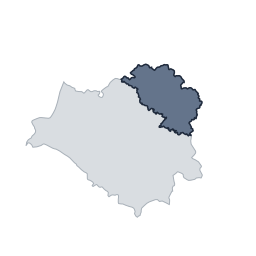 Vitebsk highlighted on a map of Belarus, rotated 28°
{"feature_id": "BLR-2341", "entity_name": "Vitebsk", "entity_type": "Region", "adm_level": 1, "iso_a3": "BLR", "parent_name": "Belarus", "parent_adm1": "", "projection": "albers", "projection_center": [28.969, 55.191], "detail": "fine", "context": "in_parent", "style": "filled", "palette": "slate", "viewbox_px": 256, "rotation_deg": 28, "n_neighbors": 0, "source": "natural_earth", "source_scale": "10m", "svg_char_len": 9057}
<svg xmlns="http://www.w3.org/2000/svg" viewBox="0 0 256 256"><g transform="rotate(28 128 128)"><path d="M200.4,176.2L196.8,176.2L192.5,176.4L190.2,178.1L187.6,177.4L185.8,178.4L181.6,183.1L180.0,185.6L178.6,189.5L177.7,192.3L178.2,194.3L179.1,196.1L179.3,198.1L179.7,199.6L178.7,200.7L178.1,202.4L176.3,202.1L174.0,200.6L173.5,198.4L171.8,196.8L170.7,196.1L168.8,196.0L165.9,196.7L162.0,197.3L159.1,197.5L157.5,198.3L155.2,199.1L154.3,198.2L153.0,195.7L151.9,193.1L151.2,192.0L150.5,191.7L149.7,191.8L148.8,192.6L148.2,193.4L145.7,194.3L144.7,195.3L143.5,197.6L142.7,197.4L141.9,196.9L141.0,194.3L139.7,193.6L137.7,193.6L135.1,193.0L133.1,192.2L132.4,192.4L131.1,193.5L129.8,193.6L126.9,192.6L126.4,193.0L124.7,195.9L123.9,196.0L123.4,195.7L123.7,193.1L122.1,192.2L119.2,192.0L117.2,192.4L116.3,192.2L115.8,191.7L113.5,187.5L112.2,187.2L109.9,187.3L106.5,186.7L102.7,185.6L100.5,185.2L99.5,184.2L97.1,183.8L90.7,181.7L88.1,181.3L84.2,181.1L78.4,180.4L74.6,180.4L72.8,180.9L70.8,181.2L63.8,181.2L61.2,181.5L60.4,182.4L59.5,184.2L56.4,187.4L53.4,189.4L52.9,189.6L51.3,188.3L50.0,187.8L48.4,187.5L47.2,187.8L46.5,188.3L46.4,190.9L46.2,191.1L45.2,188.0L45.5,185.2L46.3,183.7L47.2,182.3L47.1,180.1L48.1,177.4L48.3,175.3L48.0,174.4L47.4,173.3L45.7,172.1L45.0,171.1L42.6,169.8L40.3,168.1L40.0,167.1L40.1,166.5L40.6,165.6L42.7,163.0L44.9,160.5L46.3,159.6L53.3,156.7L54.4,155.5L54.8,153.5L55.0,149.4L54.9,145.7L54.5,143.1L53.6,138.2L50.9,127.9L49.7,117.4L51.0,118.1L54.1,118.6L56.6,118.1L57.9,118.1L59.0,118.4L62.4,118.0L63.1,119.0L64.5,119.9L67.5,118.9L70.1,117.6L72.7,118.0L73.1,117.3L74.0,113.6L74.8,112.9L78.0,113.4L79.2,112.8L80.5,111.1L82.4,110.1L83.9,110.1L85.6,109.0L86.4,109.8L86.7,111.4L86.1,112.6L86.3,113.1L87.4,113.7L89.3,113.8L90.5,113.3L90.9,112.7L90.9,111.4L90.7,110.2L89.9,109.2L88.4,108.6L87.4,108.5L87.2,107.8L87.6,106.5L88.7,104.0L89.9,101.7L90.7,100.9L90.8,100.1L90.8,98.7L90.9,96.2L92.1,92.8L93.5,90.2L95.4,89.4L97.7,89.1L99.2,87.9L99.9,86.5L100.6,84.2L101.4,83.8L106.7,84.3L107.6,82.1L108.1,81.5L109.2,80.8L109.9,80.0L109.7,79.4L108.3,79.0L105.1,78.5L104.5,77.7L104.7,76.9L105.7,74.6L106.6,71.6L107.1,69.3L107.2,67.9L107.6,67.6L110.3,67.2L111.1,66.8L113.5,63.7L115.2,63.2L119.6,64.1L121.6,64.1L124.1,64.4L124.4,64.1L125.3,61.0L129.7,56.0L132.1,54.3L133.5,54.0L134.1,54.0L136.3,56.7L136.9,56.8L138.4,55.7L141.1,55.7L142.3,56.6L144.1,59.8L145.0,60.2L147.6,58.4L149.1,57.8L150.0,57.8L154.9,60.3L155.3,61.1L155.3,62.1L154.6,65.0L155.6,66.8L156.8,68.1L159.3,66.0L160.3,65.4L161.3,65.4L162.6,64.6L163.6,63.5L164.6,63.1L166.4,63.3L169.6,63.0L173.5,64.7L173.8,65.3L175.8,67.3L176.5,68.3L177.1,68.6L178.2,69.6L179.5,70.2L180.5,70.0L180.9,70.3L181.4,71.1L181.5,72.5L181.4,76.4L180.1,78.5L179.9,79.2L180.0,80.0L181.2,81.7L182.7,84.3L183.0,85.8L183.1,86.9L181.2,90.3L180.6,91.1L180.2,92.8L180.0,94.5L180.2,95.2L183.5,97.7L185.9,99.1L186.5,99.8L186.6,100.2L185.4,103.1L185.3,103.9L187.3,105.0L188.4,106.8L189.4,109.9L191.4,112.7L198.5,116.7L199.1,117.5L199.4,118.4L199.2,120.4L198.1,124.2L199.3,124.7L202.4,124.5L206.2,124.8L210.8,127.2L210.9,128.4L210.5,129.6L210.8,130.7L211.4,131.7L215.5,134.5L215.9,135.3L216.0,136.8L216.0,137.8L214.9,138.1L213.7,138.7L211.8,140.1L211.1,141.9L208.0,144.6L206.1,145.8L204.5,145.9L200.7,145.6L199.3,144.4L198.8,143.3L197.3,142.8L195.4,142.9L192.7,143.2L192.2,143.5L191.8,144.9L190.8,147.3L190.0,148.7L193.5,153.3L195.3,155.2L195.9,156.4L195.9,157.2L195.1,158.2L195.3,160.2L197.1,162.8L196.5,163.2L196.5,166.5L196.6,169.9L197.1,170.8L198.1,171.4L198.9,172.7L200.2,175.5L200.4,176.2Z" fill="#d9dde1" stroke="#a8b0b8" stroke-width="1"/><path d="M105.9,78.9L105.6,78.8L104.6,78.4L104.3,78.2L104.3,77.9L104.5,77.3L105.0,76.3L105.3,75.2L105.5,74.8L106.1,74.2L106.2,73.9L105.9,73.2L106.0,72.5L107.1,71.0L107.3,70.3L107.4,69.5L107.3,68.7L107.2,67.9L107.6,67.3L108.0,67.1L108.5,67.2L109.4,67.6L109.8,67.5L111.1,66.9L111.5,66.5L112.5,64.7L113.6,63.5L114.0,63.3L116.2,63.1L116.9,63.2L117.3,63.4L118.3,64.3L118.8,64.6L119.1,64.5L120.3,63.3L120.7,63.8L121.2,64.2L121.8,64.3L123.9,64.6L124.4,64.5L124.7,63.4L124.9,62.0L125.4,60.6L127.1,59.5L127.7,58.5L127.8,57.8L128.3,57.3L129.5,56.4L130.0,55.3L130.3,55.0L131.2,54.8L131.9,54.4L132.7,53.9L133.4,53.6L134.1,54.1L134.4,54.6L135.6,55.9L136.1,56.7L136.4,57.0L136.8,57.1L137.2,56.9L137.7,56.0L138.1,55.7L140.7,55.5L141.9,55.8L142.1,55.9L143.1,57.6L143.2,58.4L143.3,59.1L143.5,59.7L143.9,60.1L145.3,60.5L145.6,60.4L145.7,59.7L146.1,59.2L147.2,58.7L148.2,58.1L149.0,57.7L150.0,57.8L151.0,58.1L152.3,59.1L155.0,59.9L155.3,60.1L155.9,60.8L156.1,61.1L156.1,61.3L156.1,61.5L155.8,61.5L155.4,61.8L155.2,61.9L155.1,62.1L154.9,63.5L154.5,64.5L154.4,65.0L154.5,65.6L154.8,66.0L155.6,66.8L156.4,68.0L156.8,68.2L157.3,68.0L158.6,66.4L160.3,65.4L160.7,65.3L161.9,65.6L162.3,65.4L163.0,64.1L163.4,63.6L164.1,63.2L164.7,63.0L165.4,63.0L167.5,63.8L167.9,63.6L168.7,62.8L169.1,62.6L169.4,62.7L170.3,63.4L173.7,64.5L173.8,64.7L173.9,64.9L173.7,65.4L173.9,65.7L175.5,66.4L175.8,66.8L175.9,67.1L175.7,67.7L175.7,67.9L176.0,68.4L176.3,68.6L176.7,68.7L177.4,68.6L177.7,68.7L178.5,70.5L179.0,70.5L179.6,70.2L180.3,69.9L181.0,70.2L181.5,71.1L181.6,72.2L181.3,73.3L181.7,73.5L181.6,73.9L181.1,74.2L181.0,74.8L181.2,75.3L181.7,76.1L181.7,76.7L181.5,77.0L180.5,77.8L179.9,78.7L179.7,79.3L179.7,79.8L179.9,80.2L180.2,80.5L180.8,80.8L181.0,81.2L181.3,82.3L181.6,82.6L182.4,83.3L182.7,83.5L182.6,83.9L182.6,84.1L182.9,84.2L183.1,84.5L183.1,84.9L182.9,85.2L182.9,85.4L182.9,85.6L183.3,86.4L183.6,87.2L183.6,87.7L183.1,87.9L182.3,87.7L182.0,87.7L181.9,88.1L182.0,88.6L182.3,88.9L182.4,89.3L182.1,89.9L181.8,90.1L180.7,90.4L180.3,90.7L180.4,91.0L180.6,91.5L180.6,92.3L180.3,92.8L179.9,93.2L179.6,93.7L179.5,94.6L179.7,95.1L179.9,95.3L180.7,95.5L183.4,97.4L183.7,97.9L183.8,98.5L184.2,98.4L185.6,98.5L186.1,99.3L186.8,99.9L186.3,101.1L185.5,102.5L185.1,103.9L185.6,104.3L186.9,104.6L187.1,105.0L186.8,105.1L186.2,105.0L185.7,105.4L185.0,105.7L184.9,105.9L185.0,106.5L184.9,106.6L182.8,105.7L182.5,105.8L182.3,105.9L182.3,106.1L182.3,106.4L182.3,106.5L181.7,106.7L180.5,106.7L179.6,106.6L178.8,106.2L178.5,106.3L178.0,106.6L177.9,106.9L177.8,107.1L177.0,107.4L176.8,107.6L176.7,107.8L177.2,108.3L177.2,108.5L176.9,108.9L176.6,109.7L176.2,110.0L175.7,110.3L175.4,110.3L174.9,110.2L174.3,109.6L173.9,108.8L173.6,108.7L173.4,108.8L173.4,109.2L173.2,109.4L172.4,109.9L172.1,110.0L171.1,109.8L170.9,109.6L170.9,109.4L171.5,108.6L171.8,107.8L171.8,107.7L171.7,107.7L170.6,108.4L169.6,108.3L169.5,108.9L169.2,109.0L168.2,108.3L168.2,108.2L168.3,108.1L168.4,107.9L168.1,107.8L167.8,108.0L167.7,108.4L167.5,108.8L166.8,109.3L166.8,109.9L167.0,110.4L167.1,110.6L166.9,111.0L166.0,111.0L165.7,110.9L165.7,110.5L164.5,110.4L164.5,110.0L164.2,109.6L164.2,109.3L164.1,109.2L163.3,108.9L163.1,109.0L163.3,109.5L163.2,109.7L162.8,109.9L160.5,110.3L160.2,110.2L159.2,109.8L158.7,109.7L158.4,109.9L158.1,110.7L157.2,110.9L156.9,111.6L156.6,111.9L155.9,112.4L155.3,112.6L155.1,112.5L154.9,112.1L154.9,111.2L155.1,110.9L155.7,110.4L155.8,110.1L155.4,109.3L155.1,108.9L155.3,108.6L155.4,108.1L155.6,108.0L155.7,107.7L155.8,107.1L156.1,104.6L156.6,103.6L156.6,103.4L156.3,103.0L156.3,102.8L157.2,101.8L157.1,100.9L156.9,100.6L156.7,100.6L156.5,101.4L156.3,101.6L156.1,101.7L154.8,101.4L154.0,101.9L153.8,101.9L153.2,101.7L152.6,101.7L152.5,100.7L152.4,100.2L152.1,99.9L151.2,100.2L150.9,100.1L150.8,99.9L151.1,99.6L150.9,99.6L150.2,100.0L149.8,100.7L149.3,100.9L148.8,100.9L146.4,100.4L146.3,100.6L146.1,101.1L146.2,101.3L146.5,101.7L146.5,101.9L146.3,102.4L145.7,102.5L145.5,102.4L145.4,101.9L145.2,101.8L144.3,101.7L144.0,102.0L143.8,102.1L142.6,101.7L142.4,101.5L142.3,101.0L142.3,100.8L142.6,100.2L142.6,99.9L142.4,99.5L142.1,99.4L141.7,99.9L141.4,100.1L141.1,99.3L140.9,99.3L139.4,99.8L138.4,102.5L138.1,102.7L137.8,102.6L137.0,102.2L136.9,101.7L136.6,101.4L136.0,101.0L135.7,100.7L135.4,100.0L134.9,99.6L134.4,99.5L133.6,99.7L133.2,99.8L132.6,100.2L131.5,100.0L129.3,100.6L129.2,100.4L129.2,99.9L128.8,99.6L128.5,99.6L128.1,100.1L127.9,100.1L126.6,99.8L126.3,99.3L125.8,98.8L125.6,98.3L125.3,97.9L125.2,97.7L125.4,97.3L125.5,96.8L125.2,96.5L124.3,95.9L122.6,95.6L122.5,95.3L122.6,94.7L121.2,93.3L120.7,92.6L119.5,92.6L119.1,92.5L119.0,92.4L119.0,91.9L118.9,91.5L118.4,90.8L117.9,90.3L117.9,90.2L118.4,89.5L118.5,89.3L118.3,89.0L117.9,88.7L116.8,88.9L115.4,88.5L114.9,88.9L114.8,89.1L114.9,89.5L114.9,89.8L114.6,90.0L113.2,90.0L112.6,90.0L112.3,89.8L112.0,89.3L111.8,89.2L110.0,89.4L109.2,89.9L108.8,90.0L108.6,89.9L108.4,89.6L108.2,89.4L108.0,89.2L106.9,89.2L106.5,89.6L106.0,89.7L105.4,89.3L104.5,89.3L104.0,89.2L102.8,88.7L102.5,88.8L102.4,89.1L102.4,89.6L102.1,89.8L101.9,89.6L101.7,89.7L101.1,90.1L100.9,90.2L100.6,90.0L100.5,89.7L100.4,89.0L100.3,88.8L99.1,88.2L99.4,87.7L100.1,86.4L100.2,86.1L100.2,85.7L100.3,85.0L100.3,84.6L100.9,83.8L101.7,83.7L103.7,84.3L103.9,84.2L104.3,83.8L104.5,83.7L106.3,84.6L106.7,84.6L107.0,84.1L107.2,83.3L107.4,82.4L107.5,82.1L107.8,81.7L108.3,81.3L108.6,81.1L109.7,80.8L110.2,80.5L110.4,80.1L110.2,79.5L109.8,79.2L107.0,78.6L105.9,78.9Z" fill="#64748b" stroke="#1e293b" stroke-width="1.5"/></g></svg>